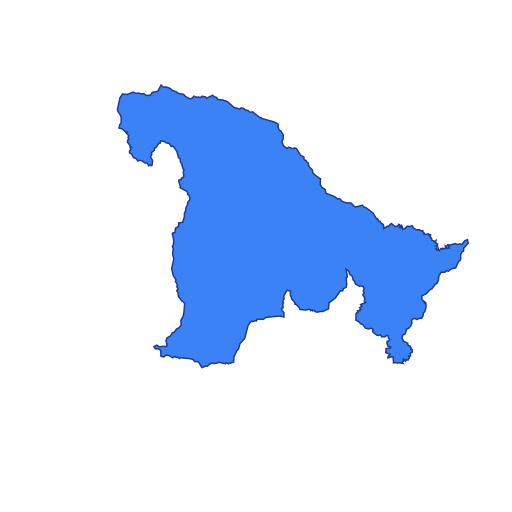 outline of Pua, Nan, Thailand, rotated 294°
{"feature_id": "78962969B90193228805954", "entity_name": "Pua", "entity_type": "district", "adm_level": 2, "iso_a3": "THA", "parent_name": "Thailand", "parent_adm1": "Nan", "projection": "natural_earth1", "projection_center": [100.983, 19.171], "detail": "fine", "context": "isolated", "style": "filled", "palette": "blue", "viewbox_px": 512, "rotation_deg": 294, "n_neighbors": 0, "source": "geoboundaries", "source_scale": "gbopen_adm2", "svg_char_len": 6133}
<svg xmlns="http://www.w3.org/2000/svg" viewBox="0 0 512 512"><g transform="rotate(294 256 256)"><path d="M373.4,99.7L367.2,99.4L365.8,98.5L363.4,94.7L360.8,94.4L359.4,93.2L357.9,90.1L358.7,87.3L357.2,85.1L357.2,82.8L355.7,80.1L355.8,77.1L351.3,72.8L349.7,68.1L345.0,67.4L333.7,69.8L332.0,70.9L329.8,74.5L327.5,76.7L322.5,78.7L320.5,78.1L317.2,78.8L317.7,82.2L316.6,85.8L316.7,88.0L315.8,87.2L314.0,91.0L312.4,90.8L311.0,92.2L309.7,91.7L307.8,92.1L304.7,97.8L304.3,96.7L302.2,98.4L300.7,97.7L299.1,98.3L298.5,99.3L298.8,100.7L296.1,103.9L296.3,106.5L294.8,109.3L296.3,111.3L296.5,113.7L295.8,116.3L296.6,118.9L294.8,121.3L295.9,122.2L295.8,123.5L296.6,124.1L301.2,122.7L303.7,119.1L306.0,119.6L307.9,118.5L311.3,120.1L313.0,119.3L314.5,120.6L319.6,121.4L320.2,122.6L322.5,122.1L323.3,126.0L322.9,128.4L323.5,131.0L321.5,134.1L322.5,135.3L322.4,136.1L319.3,141.2L314.5,145.0L313.8,147.2L310.9,148.9L310.3,150.3L305.6,154.2L305.4,155.2L303.1,155.4L299.9,157.5L297.6,157.4L297.1,156.4L295.1,156.2L294.2,154.8L293.1,154.8L288.8,158.6L287.5,158.9L287.0,166.1L286.1,167.8L284.5,168.5L284.3,170.0L282.5,171.8L280.1,172.7L277.2,171.7L274.4,172.7L272.0,172.3L268.7,173.3L266.0,173.2L262.8,174.6L256.9,175.3L254.8,171.9L251.8,173.3L248.6,171.1L244.5,172.4L243.2,170.6L242.3,170.5L237.0,174.4L233.0,175.9L230.7,175.7L229.0,177.4L223.9,179.0L220.0,182.1L210.1,184.1L204.4,188.5L201.7,192.6L199.7,192.8L199.0,194.5L197.1,196.1L195.7,196.1L194.3,198.3L192.1,197.7L190.6,199.8L187.5,201.6L184.8,206.3L184.7,207.9L183.5,210.2L174.8,213.2L171.4,213.9L166.4,213.6L162.5,215.8L159.3,214.9L157.0,213.1L153.2,212.3L151.7,210.7L148.5,210.5L144.9,208.0L142.1,208.2L138.3,210.9L136.6,210.8L136.2,208.8L133.8,204.8L134.2,201.5L131.6,199.6L130.3,201.7L131.4,204.5L131.0,207.4L125.7,210.0L126.4,213.0L128.6,213.8L129.7,216.7L129.2,221.4L131.4,222.9L130.9,224.1L131.6,225.4L131.2,227.6L132.6,229.0L135.6,238.5L135.8,241.2L134.6,242.6L135.9,246.6L132.0,251.9L135.3,255.2L135.5,256.3L139.9,258.6L141.2,262.4L144.1,266.1L145.0,271.7L146.7,272.5L146.3,274.6L150.0,278.7L154.9,276.9L161.7,277.0L164.0,277.8L169.5,277.0L176.0,279.2L189.4,277.0L193.2,277.6L194.5,278.3L194.6,279.6L196.5,281.4L196.9,282.9L198.7,282.6L201.1,288.3L204.1,290.3L210.9,302.2L211.6,306.3L215.6,304.6L216.9,301.8L218.2,300.9L219.9,301.8L223.1,299.9L224.5,300.1L225.2,299.0L228.5,299.0L231.0,297.6L237.3,298.2L238.0,301.9L235.0,302.8L231.1,306.3L229.3,310.5L227.9,311.0L228.1,312.3L226.7,316.0L225.0,318.0L226.8,323.2L228.8,325.9L228.9,327.8L228.4,328.1L229.6,329.1L228.9,330.1L229.9,331.1L229.2,332.9L229.8,335.2L232.0,338.0L232.1,339.1L237.2,343.8L242.8,341.7L249.8,345.5L258.5,347.2L259.4,349.4L261.8,349.2L264.1,351.0L266.8,350.5L272.6,347.4L274.2,347.9L280.6,343.6L279.9,346.9L277.5,348.9L276.6,352.4L273.6,354.5L272.9,356.4L271.0,358.2L270.4,362.9L271.5,364.1L271.7,366.4L270.7,367.7L267.2,368.5L266.4,369.7L264.0,369.4L262.0,372.5L258.7,373.4L258.1,375.2L254.2,371.3L253.2,373.1L250.9,371.7L249.9,373.5L248.9,372.7L248.0,373.0L247.3,371.0L245.7,372.2L245.1,371.1L244.0,370.8L237.9,373.5L237.8,376.8L236.6,379.2L236.8,381.5L234.6,385.5L235.2,388.8L236.5,390.0L236.8,392.1L236.2,393.3L234.8,393.0L233.9,394.2L232.8,398.6L233.4,400.4L234.7,401.6L233.3,403.9L234.8,406.8L236.5,407.6L236.8,409.0L235.0,410.3L233.9,412.3L232.1,411.6L231.5,410.5L230.0,410.8L227.4,412.9L227.4,416.3L226.6,416.2L224.4,412.5L220.5,413.9L220.7,418.5L217.8,417.5L216.6,418.0L218.9,420.6L219.5,422.4L214.3,425.1L215.5,427.1L215.6,428.8L216.5,429.6L217.7,433.9L218.3,432.7L219.8,433.7L221.7,432.3L221.8,434.0L220.8,435.3L222.7,435.7L222.7,437.2L225.5,437.6L226.7,436.1L227.6,437.8L229.8,436.5L231.8,437.9L234.1,436.7L234.0,435.3L235.0,435.2L236.4,433.4L236.2,431.3L238.0,430.0L238.2,425.4L240.4,422.9L243.2,422.1L245.4,423.9L250.5,423.4L252.0,424.8L254.9,425.8L258.0,425.7L260.7,424.3L262.1,424.6L263.6,426.7L263.4,428.7L265.5,430.6L266.4,432.6L269.3,433.0L271.9,432.1L273.9,432.9L278.2,432.2L281.2,430.9L281.8,428.9L282.4,429.7L283.7,425.3L286.9,423.7L291.0,427.0L296.4,428.8L297.6,430.1L302.9,431.2L304.4,432.4L308.1,432.5L312.5,431.1L316.5,431.7L317.6,434.7L320.1,436.2L320.4,438.0L323.7,439.7L326.3,443.2L333.5,443.4L335.6,444.5L340.7,442.4L343.4,442.5L344.9,443.6L347.5,442.6L353.9,444.6L357.0,442.6L354.9,440.5L350.2,439.4L350.1,437.3L348.6,435.8L348.3,432.9L345.0,429.0L344.3,426.4L343.6,426.5L343.4,428.3L342.2,429.2L342.4,427.7L341.2,428.3L340.3,426.9L342.4,425.5L342.4,424.7L340.4,425.9L338.9,424.7L339.1,423.5L338.1,423.6L338.0,421.9L335.4,421.3L335.5,420.4L336.9,419.5L335.3,419.3L334.9,418.7L335.4,417.7L338.6,417.8L338.5,416.4L339.5,417.4L340.8,417.0L341.2,414.6L343.2,414.1L341.5,413.4L342.1,412.7L341.8,410.3L343.7,409.0L344.3,407.2L346.3,407.0L346.4,406.1L345.5,405.5L346.3,404.4L344.4,402.0L344.8,401.0L344.2,400.4L345.5,400.1L346.1,398.3L347.0,398.0L346.2,397.0L346.4,394.6L345.1,391.6L345.7,388.4L347.2,386.2L345.5,384.5L344.6,381.9L341.4,380.7L340.2,379.4L340.8,378.0L341.6,378.3L343.1,376.7L340.3,376.2L340.9,375.1L342.4,375.3L343.1,374.4L342.9,373.4L341.5,373.5L339.5,371.4L340.7,366.3L336.9,365.0L336.6,363.8L333.1,361.7L336.6,359.5L336.9,357.0L338.1,355.4L337.6,354.3L339.5,351.8L338.8,351.2L342.8,345.5L344.9,336.7L344.5,334.9L345.6,332.5L341.3,327.1L341.4,325.2L343.1,321.3L341.4,317.4L340.8,312.8L342.3,309.2L341.4,307.5L342.2,303.4L341.8,294.3L344.9,292.1L345.5,288.2L347.5,285.6L352.9,283.4L352.8,281.6L354.8,274.3L357.7,272.3L359.2,267.9L362.3,265.9L362.4,264.3L363.5,263.0L363.7,260.7L365.8,259.5L366.2,255.6L370.5,249.3L370.5,247.4L369.1,246.1L368.7,241.6L366.9,240.5L367.9,236.1L371.0,233.2L373.8,233.2L377.5,231.8L380.3,228.0L380.2,226.4L382.5,223.8L384.9,223.0L385.7,221.9L385.8,217.6L383.9,205.1L384.5,204.4L384.1,202.9L386.3,194.3L384.9,192.1L385.5,189.6L385.1,186.7L385.8,184.8L385.3,182.2L383.6,181.4L382.8,175.2L385.4,167.0L385.0,162.2L383.4,157.1L384.8,155.7L384.5,153.1L385.2,150.9L379.9,146.6L380.8,145.3L380.4,143.1L379.8,141.5L377.9,140.7L377.9,138.8L376.8,137.2L376.8,134.3L374.2,133.5L372.7,132.1L373.0,126.8L374.2,124.1L372.9,118.7L373.5,117.2L373.3,112.2L374.2,109.2L373.9,105.4L372.7,102.6L373.4,99.7Z" fill="#3b82f6" stroke="#1e3a8a" stroke-width="1.5"/></g></svg>